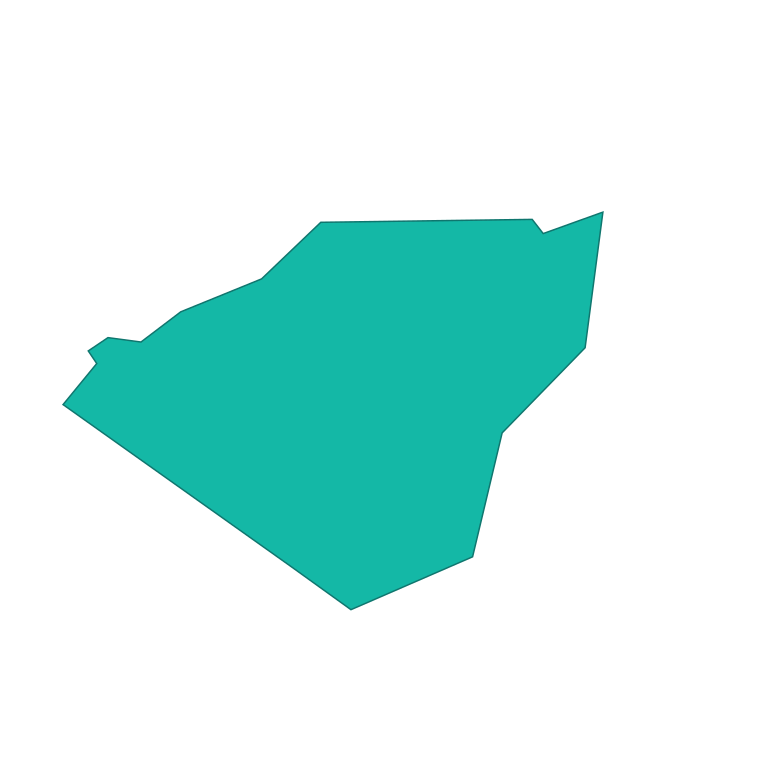 outline of Rumbek North, Lakes, South Sudan, rotated 146°
{"feature_id": "79223893B34085221347990", "entity_name": "Rumbek North", "entity_type": "district", "adm_level": 2, "iso_a3": "SSD", "parent_name": "South Sudan", "parent_adm1": "Lakes", "projection": "natural_earth1", "projection_center": [29.719, 7.541], "detail": "fine", "context": "isolated", "style": "filled", "palette": "teal", "viewbox_px": 768, "rotation_deg": 146, "n_neighbors": 0, "source": "geoboundaries", "source_scale": "gbopen_adm2", "svg_char_len": 375}
<svg xmlns="http://www.w3.org/2000/svg" viewBox="0 0 768 768"><g transform="rotate(146 384 384)"><path d="M346.0,553.4L426.7,539.6L512.1,557.5L562.0,554.7L586.9,576.8L610.7,576.8L610.7,561.6L661.6,546.4L563.1,284.5L537.6,215.4L407.2,191.2L313.4,277.4L197.0,301.6L106.4,404.1L167.9,419.7L169.1,437.6L346.0,553.4Z" fill="#14b8a6" stroke="#0f766e" stroke-width="1.5"/></g></svg>